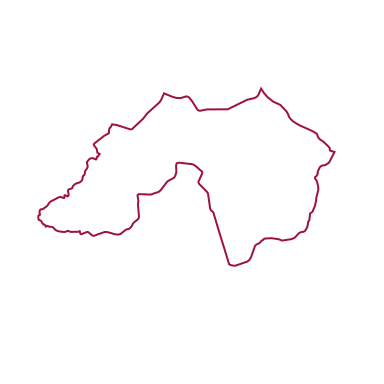 an SVG outline of Dornod, rotated 139°
{"feature_id": "MNG-3332", "entity_name": "Dornod", "entity_type": "Province", "adm_level": 1, "iso_a3": "MNG", "parent_name": "Mongolia", "parent_adm1": "", "projection": "orthographic", "projection_center": [116.608, 48.287], "detail": "fine", "context": "isolated", "style": "outline", "palette": "rose", "viewbox_px": 384, "rotation_deg": 139, "n_neighbors": 0, "source": "natural_earth", "source_scale": "10m", "svg_char_len": 4273}
<svg xmlns="http://www.w3.org/2000/svg" viewBox="0 0 384 384"><g transform="rotate(139 192 192)"><path d="M211.4,113.1L204.3,129.0L203.8,130.2L196.7,146.3L189.4,162.3L189.3,163.3L189.7,165.1L189.7,166.0L189.1,167.7L181.2,179.9L180.8,180.7L180.7,181.8L180.6,182.8L181.3,193.1L181.0,194.8L180.0,195.7L171.8,199.5L171.1,200.4L171.1,200.9L172.0,207.6L172.6,210.7L173.0,211.9L173.8,213.1L182.5,222.6L184.7,223.7L186.7,222.4L190.6,217.4L194.0,215.2L196.2,214.5L202.6,216.0L205.1,215.9L213.8,214.0L216.3,213.9L217.4,214.1L221.5,215.8L224.1,216.8L224.9,217.2L233.6,225.3L235.1,225.4L236.4,223.6L237.7,221.3L238.9,219.9L240.8,218.3L248.1,208.3L249.0,207.5L250.6,206.9L256.1,207.1L257.0,207.0L259.3,206.0L261.3,205.5L263.3,205.4L264.2,205.7L265.9,206.7L266.8,206.9L273.4,207.2L275.9,208.4L278.1,211.0L282.0,217.1L284.0,219.0L291.2,222.0L294.3,223.0L295.1,223.6L295.6,224.3L295.9,225.3L296.5,229.0L296.7,229.9L297.1,230.5L297.9,230.9L301.3,232.1L302.7,232.5L303.4,232.9L303.6,233.6L303.5,234.1L302.7,235.4L302.5,236.1L303.8,236.5L309.5,241.3L310.0,241.9L310.5,242.9L310.9,243.7L311.3,244.3L313.5,244.9L315.0,245.9L317.6,248.8L318.7,250.3L319.7,252.1L319.9,253.1L320.1,256.1L320.2,256.7L320.3,257.0L320.4,257.3L321.0,258.0L322.2,259.2L322.7,259.8L322.9,260.3L323.0,260.7L323.2,261.0L323.5,261.4L323.9,261.5L324.5,261.5L325.0,261.6L325.1,262.0L324.9,262.5L324.7,262.9L324.6,263.3L324.6,264.0L324.9,264.4L325.0,264.6L325.4,264.9L325.4,265.1L325.3,265.5L325.3,265.8L325.4,267.0L325.0,268.6L324.9,269.5L325.1,270.0L325.7,270.9L325.9,271.3L325.8,271.8L325.6,272.2L325.3,272.5L324.7,273.7L324.1,274.4L323.4,274.9L322.8,274.9L322.1,274.5L321.6,274.7L321.2,275.4L320.6,276.4L320.2,277.0L319.5,277.5L318.7,278.0L318.1,278.2L317.3,278.0L316.0,277.0L315.3,276.8L314.3,276.9L311.7,276.5L309.9,276.6L306.8,277.5L305.1,277.6L296.0,275.4L295.1,275.0L294.3,274.3L293.2,272.2L292.5,271.4L291.8,271.6L291.0,272.7L290.4,273.0L289.8,272.8L289.4,272.1L289.2,271.3L289.0,270.5L288.2,270.2L287.1,270.6L286.3,271.7L285.0,274.1L283.8,274.9L282.6,274.6L281.2,273.9L279.9,273.5L279.4,273.7L278.4,274.4L277.9,274.6L275.1,274.7L273.7,274.4L271.4,273.3L270.1,272.9L268.9,272.8L267.8,272.9L266.7,273.3L265.6,274.1L264.3,275.3L263.8,275.5L261.9,275.6L261.3,275.9L258.5,278.1L257.4,278.3L255.6,278.7L254.8,279.1L254.0,279.7L253.4,280.6L252.4,282.5L251.9,283.3L251.2,283.7L247.6,284.2L246.8,284.0L245.1,283.0L244.4,282.2L243.5,280.1L243.0,279.5L242.6,279.6L240.9,280.8L240.6,280.9L240.3,280.8L239.6,280.5L236.8,281.3L237.4,282.9L237.5,283.7L237.3,284.4L236.0,286.2L235.6,287.6L235.4,291.2L234.9,292.4L233.6,292.7L221.3,292.0L216.8,291.0L216.2,290.9L215.9,291.1L215.2,292.0L212.9,294.0L212.4,294.2L210.2,294.5L208.7,295.0L207.9,295.5L204.9,292.0L197.7,280.1L197.2,279.5L196.6,279.1L195.9,278.8L180.8,279.4L174.1,280.7L157.7,281.0L154.5,281.9L148.4,284.8L144.4,276.8L142.3,273.6L141.3,272.4L140.2,271.4L139.2,270.6L138.2,270.0L134.2,268.2L133.6,267.9L133.1,267.3L132.6,266.5L132.3,265.5L132.2,264.2L132.4,260.0L133.9,250.6L133.6,249.2L133.1,248.6L132.4,247.9L126.4,244.4L110.8,231.0L89.8,225.4L83.2,221.9L81.4,221.5L80.4,221.4L79.3,221.5L78.2,221.7L72.1,224.7L72.8,218.6L72.7,213.8L71.5,207.2L70.2,204.1L69.8,203.4L68.2,199.8L67.8,190.9L68.5,187.4L69.4,185.3L69.7,182.2L69.4,179.3L68.9,177.2L67.1,171.8L61.2,159.1L60.1,155.9L59.6,154.0L60.0,152.9L61.0,150.5L61.0,149.4L61.0,148.0L59.9,144.1L59.2,137.1L59.2,134.8L59.4,134.5L59.6,134.3L60.1,133.8L60.4,133.3L60.6,133.0L60.6,132.8L60.5,132.4L58.2,128.7L68.7,124.5L70.0,124.3L73.7,124.9L76.6,126.6L77.6,126.9L78.7,126.9L80.1,126.5L83.3,125.1L85.3,123.4L86.0,122.9L86.8,122.6L87.6,122.4L89.3,122.5L89.9,122.1L90.3,121.0L90.5,119.2L90.6,118.3L91.0,117.4L93.5,112.9L94.5,111.6L95.5,110.6L102.5,105.7L103.4,104.6L104.0,104.0L105.8,102.8L106.4,102.3L108.2,100.9L114.0,98.1L114.7,98.0L116.1,98.3L116.8,98.3L117.3,98.1L121.5,94.1L122.2,93.7L123.6,93.4L124.3,93.0L126.4,91.0L129.2,89.4L132.1,88.5L133.6,88.7L136.6,90.4L138.2,90.8L144.4,90.1L147.5,91.0L155.4,95.9L156.0,96.5L156.4,97.2L157.1,98.7L157.5,99.4L162.3,105.0L167.5,109.0L168.2,109.3L170.2,109.3L171.0,109.5L172.2,109.5L174.5,109.2L178.0,110.1L179.1,110.1L180.3,109.7L190.4,104.0L193.1,103.1L195.9,103.2L198.6,104.3L207.8,108.0L209.1,109.3L210.4,111.0L211.4,113.1Z" fill="none" stroke="#9f1239" stroke-width="2"/></g></svg>